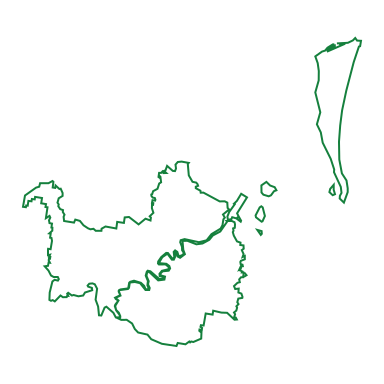 Brisbane, Queensland, Australia
{"feature_id": "25037944B26487143019559", "entity_name": "Brisbane", "entity_type": "district", "adm_level": 2, "iso_a3": "AUS", "parent_name": "Australia", "parent_adm1": "Queensland", "projection": "mercator", "projection_center": [153.061, -27.341], "detail": "fine", "context": "isolated", "style": "outline", "palette": "green", "viewbox_px": 384, "rotation_deg": 0, "n_neighbors": 0, "source": "geoboundaries", "source_scale": "gbopen_adm2", "svg_char_len": 5968}
<svg xmlns="http://www.w3.org/2000/svg" viewBox="0 0 384 384"><path d="M188.7,162.9L181.6,161.6L177.8,162.0L175.5,164.6L176.0,168.5L175.0,171.1L172.8,170.9L167.1,165.9L165.5,170.3L164.0,170.9L166.3,173.0L163.4,173.1L162.4,171.5L161.2,172.9L159.1,172.9L158.5,177.0L159.9,178.0L159.6,175.9L160.4,176.7L161.1,182.3L159.2,183.5L157.5,188.8L153.1,191.2L152.2,194.1L151.3,194.5L151.4,195.9L152.7,197.6L154.8,198.0L155.4,199.7L155.1,200.6L152.5,200.2L152.0,202.8L153.3,203.1L153.1,204.8L152.0,204.6L151.9,208.2L153.4,212.8L149.7,216.3L150.9,217.6L150.5,220.5L145.5,218.7L138.6,224.4L129.0,217.0L124.7,217.4L123.9,222.9L117.2,221.9L116.3,228.5L105.5,226.5L101.6,228.7L101.4,230.8L95.7,230.8L93.5,228.8L90.4,229.3L88.0,228.3L83.5,225.3L79.9,220.9L75.3,219.6L74.0,222.6L64.1,221.0L63.6,216.8L64.5,214.7L62.8,212.0L63.0,210.1L60.2,209.1L58.3,206.2L58.7,204.4L57.5,202.7L58.7,198.3L62.6,195.9L62.6,193.0L60.7,188.7L59.4,189.0L55.6,185.5L55.2,187.9L52.7,187.5L53.4,181.8L52.5,181.0L48.5,183.2L40.1,183.2L39.2,186.7L36.1,187.6L25.0,195.5L23.0,206.8L25.9,207.2L26.2,205.5L27.7,205.7L28.4,200.9L31.5,201.3L31.9,199.0L34.7,199.4L35.1,196.9L42.0,198.0L41.2,203.3L46.0,204.1L45.5,207.0L47.5,207.3L45.9,218.2L49.5,215.9L50.3,217.6L49.0,220.3L49.5,223.1L52.0,223.6L51.4,227.5L52.4,227.7L52.3,230.7L49.3,233.4L50.7,233.6L50.1,237.7L51.5,238.0L52.0,240.9L50.6,249.2L48.1,248.8L48.0,249.6L48.0,255.2L50.0,254.7L49.1,256.7L50.3,256.9L50.0,258.7L49.0,258.5L48.7,260.2L49.9,262.7L48.6,262.5L48.0,265.8L44.7,266.3L48.5,270.6L51.0,275.5L53.7,277.0L57.8,277.0L58.8,279.1L57.9,280.6L54.6,279.8L52.4,281.5L49.7,292.5L49.4,299.9L51.0,300.8L52.7,300.1L54.8,301.4L60.5,295.5L62.9,297.2L66.7,297.1L67.2,295.8L68.2,295.9L67.2,293.7L68.2,292.8L71.9,295.5L73.6,295.0L78.4,296.3L83.2,295.5L85.0,292.5L92.2,290.2L91.9,287.9L88.1,286.6L87.6,285.6L89.3,283.7L92.5,283.4L94.8,284.3L97.1,288.7L95.6,299.7L98.1,306.5L99.0,315.3L101.3,315.5L104.6,307.6L106.4,306.7L113.4,312.8L115.8,317.4L120.0,317.4L119.6,314.9L116.2,310.4L114.8,306.1L115.3,304.6L118.3,300.7L115.7,298.9L115.1,297.7L120.3,295.2L118.7,291.7L118.7,290.8L119.2,290.0L120.7,289.4L128.2,288.4L129.2,282.7L130.2,281.8L134.0,280.7L140.9,282.8L144.1,285.8L145.7,289.4L148.9,289.1L147.4,285.3L147.9,281.0L145.7,275.6L146.8,271.7L147.7,270.7L150.4,271.3L159.4,279.1L164.1,278.4L164.0,276.9L159.7,276.1L159.5,273.8L161.9,270.8L168.9,269.1L168.6,266.9L165.5,264.4L159.0,264.5L158.0,263.5L158.2,261.5L161.2,257.1L166.2,252.9L167.9,253.0L172.4,258.6L173.3,258.5L174.3,257.1L173.7,251.9L175.1,250.4L177.3,251.9L178.8,256.5L182.9,254.8L183.8,252.9L182.1,250.2L182.0,246.9L180.2,242.2L180.7,240.2L184.6,239.1L198.9,242.2L206.6,240.3L211.5,234.1L220.6,228.6L222.5,225.1L223.4,219.3L224.8,217.6L223.0,214.5L229.1,209.5L227.6,207.9L227.3,202.6L224.7,201.3L219.7,201.4L203.4,192.6L200.7,192.7L200.4,190.7L195.8,188.2L195.8,186.7L198.1,185.8L197.5,184.1L196.2,182.6L192.5,181.8L188.8,175.4L187.8,164.0L188.7,162.9ZM244.8,256.0L242.6,257.0L243.6,254.1L241.8,250.1L243.7,248.7L243.5,245.4L240.3,245.0L240.5,242.6L237.0,241.4L233.8,235.6L232.8,232.1L233.5,230.8L233.1,228.4L234.8,227.8L235.0,224.3L234.5,222.2L231.4,220.8L231.2,219.6L232.2,217.2L236.4,218.4L237.8,217.2L238.1,217.1L238.4,217.3L238.9,217.0L237.1,213.3L247.0,197.4L241.2,193.8L236.9,200.9L234.0,203.7L234.8,204.2L229.2,212.0L227.4,216.5L227.9,219.8L230.6,219.3L230.6,221.0L226.6,221.0L227.1,221.7L220.3,231.5L212.8,235.5L209.3,239.8L202.5,243.5L196.4,244.3L187.4,240.8L182.5,240.9L183.3,249.9L184.9,254.2L180.1,257.8L177.4,256.4L175.5,251.4L174.8,252.2L175.0,257.1L173.8,259.7L171.9,259.7L167.4,253.7L162.3,257.2L158.8,263.1L166.4,263.8L169.3,266.0L170.1,268.4L168.7,270.7L162.8,271.3L161.0,272.8L160.2,275.2L165.0,276.6L164.4,279.6L158.2,280.4L148.5,271.3L146.9,273.3L146.5,276.0L148.7,281.2L148.0,284.3L149.7,288.0L149.2,290.0L145.5,290.0L140.1,283.2L134.9,282.0L129.8,282.5L129.0,287.8L128.0,289.0L119.3,290.2L118.9,291.4L120.5,295.6L115.4,297.9L118.5,300.5L115.2,305.9L116.1,309.9L118.8,312.7L120.3,316.2L120.2,317.6L117.9,318.3L121.3,319.9L126.7,319.8L132.1,323.5L134.8,329.0L138.1,332.5L147.5,334.6L151.2,339.2L161.9,343.8L176.5,346.0L177.7,343.0L185.5,344.3L189.3,341.5L190.1,342.4L191.2,341.5L193.3,342.0L201.2,338.6L201.5,331.5L200.9,332.2L199.3,330.8L199.5,329.5L201.8,330.0L202.1,327.9L200.5,326.9L200.9,325.2L203.6,325.5L205.7,313.5L212.6,314.6L213.2,310.7L221.4,312.6L227.1,312.8L234.5,319.7L236.8,319.5L235.8,317.6L234.1,317.3L235.1,314.2L234.0,312.5L236.3,310.6L237.1,307.7L236.4,306.3L238.5,304.1L237.3,302.2L238.3,298.6L242.3,297.9L242.5,296.9L241.4,293.6L238.4,292.5L238.7,288.6L235.2,289.0L234.0,286.1L237.5,282.8L239.8,282.2L239.2,279.4L241.0,277.3L243.2,277.2L243.3,275.9L244.6,276.4L246.5,275.2L244.9,273.3L243.6,273.9L243.6,272.6L241.9,272.5L242.4,271.5L240.0,270.4L240.6,268.9L239.3,269.6L240.9,266.1L242.8,266.1L242.5,264.7L240.7,264.2L240.3,262.0L240.9,260.8L244.8,259.3L244.8,256.0ZM315.3,92.4L320.3,112.3L316.9,124.3L320.8,132.4L322.7,142.7L330.7,158.8L334.2,169.5L334.0,172.2L340.8,186.9L341.5,192.9L339.9,195.8L339.7,198.5L343.9,202.6L347.7,192.1L347.7,188.3L346.5,180.5L341.9,173.4L339.3,159.6L339.0,141.7L340.2,125.4L342.1,110.4L346.3,90.6L353.7,62.2L358.9,46.6L360.1,46.2L361.0,40.8L357.1,40.6L355.2,38.0L352.9,40.4L347.9,42.8L336.9,43.4L339.2,43.3L340.2,44.5L342.1,43.3L343.8,44.2L345.2,43.7L326.9,51.7L334.8,46.7L334.8,45.4L333.4,45.7L326.5,50.3L331.1,45.6L334.3,44.3L332.8,44.4L327.5,47.7L325.1,50.6L322.0,51.6L315.3,56.4L317.7,63.1L318.8,71.0L318.7,80.4L315.3,92.4ZM261.4,185.4L261.5,192.5L263.4,194.7L268.7,196.3L271.0,195.3L274.0,191.2L276.4,190.3L274.7,187.2L270.1,185.5L266.4,181.9L261.4,185.4ZM255.6,215.4L256.0,217.3L261.6,221.7L262.5,221.3L264.9,216.0L262.7,207.4L261.3,206.3L259.7,207.4L255.6,215.4ZM329.4,192.1L332.7,195.2L335.0,194.2L333.7,189.8L333.7,184.8L330.2,188.9L329.4,192.1ZM261.6,231.1L257.3,229.9L260.8,234.9L261.8,233.8L261.6,231.1ZM241.1,220.7L239.0,217.0L236.6,218.6L240.7,221.7L241.1,220.7Z" fill="none" stroke="#15803d" stroke-width="2"/></svg>